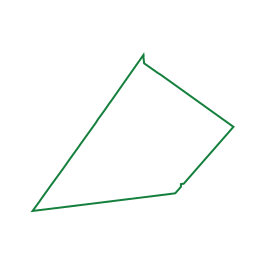 the district of Esmeralda, Nevada, United States of America, rotated 83°
{"feature_id": "52423323B50493835773618", "entity_name": "Esmeralda", "entity_type": "district", "adm_level": 2, "iso_a3": "USA", "parent_name": "United States of America", "parent_adm1": "Nevada", "projection": "natural_earth1", "projection_center": [-117.709, 37.723], "detail": "fine", "context": "isolated", "style": "outline", "palette": "green", "viewbox_px": 256, "rotation_deg": 83, "n_neighbors": 0, "source": "geoboundaries", "source_scale": "gbopen_adm2", "svg_char_len": 509}
<svg xmlns="http://www.w3.org/2000/svg" viewBox="0 0 256 256"><g transform="rotate(83 128 128)"><path d="M198.7,232.8L198.7,177.3L198.6,90.9L198.5,89.0L192.8,82.6L190.1,82.3L190.1,79.5L139.7,23.2L78.9,89.3L77.1,91.6L65.8,104.1L58.7,104.0L58.4,103.7L57.3,103.7L77.0,121.5L99.3,141.6L100.6,142.9L107.8,149.3L115.8,156.8L119.0,159.4L123.9,163.9L137.4,176.4L140.9,179.5L152.0,189.8L156.6,193.9L161.1,198.0L175.1,211.1L187.5,222.5L189.9,224.6L198.7,232.8Z" fill="none" stroke="#15803d" stroke-width="2"/></g></svg>